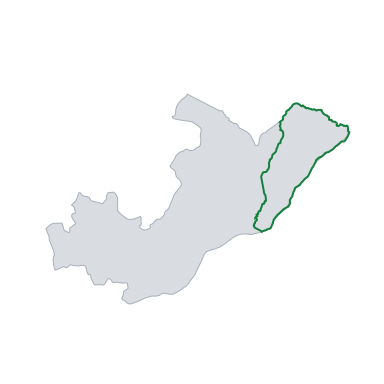 Likouala on a map of Republic of the Congo (orthographic projection), rotated 27°
{"feature_id": "COG-2838", "entity_name": "Likouala", "entity_type": "Region", "adm_level": 1, "iso_a3": "COG", "parent_name": "Republic of the Congo", "parent_adm1": "", "projection": "orthographic", "projection_center": [17.352, 1.476], "detail": "fine", "context": "in_parent", "style": "outline", "palette": "green", "viewbox_px": 384, "rotation_deg": 27, "n_neighbors": 0, "source": "natural_earth", "source_scale": "10m", "svg_char_len": 8281}
<svg xmlns="http://www.w3.org/2000/svg" viewBox="0 0 384 384"><g transform="rotate(27 192 192)"><path d="M78.5,290.9L80.3,286.3L81.6,284.1L83.2,282.6L89.7,279.0L90.7,279.1L95.2,283.9L96.6,284.3L98.2,284.1L100.1,284.3L101.0,283.4L101.2,282.2L99.8,280.8L99.6,279.3L100.5,277.8L101.1,276.0L102.5,273.9L102.6,272.9L101.1,271.9L98.1,270.2L96.0,268.6L95.2,267.1L95.8,265.2L97.4,263.6L97.3,262.8L95.8,261.4L94.8,259.8L93.6,258.9L90.6,258.3L91.2,256.3L92.3,253.3L92.5,251.0L91.7,245.0L91.7,243.9L92.6,243.4L94.4,244.1L96.2,245.0L101.2,243.7L103.0,243.5L104.4,244.6L106.4,245.5L117.9,243.1L118.1,240.5L118.8,238.2L118.9,236.5L118.4,235.4L117.8,234.5L117.5,232.8L117.5,230.9L118.6,230.0L122.2,227.8L123.4,227.9L126.0,229.1L128.4,231.0L130.5,235.0L132.0,238.4L134.4,242.6L139.5,244.3L145.5,245.4L148.7,245.1L153.3,241.6L156.0,238.8L156.8,237.3L158.4,238.1L160.1,241.7L161.2,243.1L161.5,244.5L160.7,246.2L161.5,247.2L164.7,248.0L167.5,247.3L168.8,245.8L170.9,243.9L171.0,242.3L169.8,241.2L169.8,239.8L171.0,238.6L172.1,235.5L172.5,233.2L173.6,231.8L175.7,230.8L176.5,229.8L177.7,224.4L177.0,222.5L177.0,220.9L178.4,218.8L178.6,215.4L177.3,202.0L179.4,191.3L179.2,190.0L177.7,188.3L175.8,186.8L171.1,185.5L169.3,183.5L167.9,181.4L166.9,180.8L161.7,179.9L160.6,178.7L161.0,175.3L161.5,170.3L161.3,166.8L162.2,163.9L163.3,161.8L165.6,159.6L166.8,156.9L167.5,156.3L171.8,155.9L173.4,154.8L174.6,153.6L175.2,152.1L176.6,149.7L178.0,148.0L178.1,146.8L177.8,145.2L176.5,142.1L175.0,139.5L174.0,138.6L172.1,132.5L170.3,131.0L166.8,130.2L160.3,129.5L156.4,130.6L150.4,132.7L142.9,134.9L141.1,134.7L140.3,133.7L141.5,132.9L142.1,131.1L141.3,128.4L140.2,126.0L139.5,122.5L139.8,118.3L141.0,114.3L143.4,109.1L143.5,107.0L158.0,107.1L173.6,107.1L179.5,107.2L182.4,105.9L185.1,107.9L186.5,108.4L186.9,108.2L188.0,109.7L191.4,109.5L191.9,109.8L192.2,111.6L195.3,111.5L196.9,111.9L198.2,111.9L200.0,110.9L201.3,111.2L203.7,112.5L205.4,113.6L207.8,113.3L213.3,113.5L217.6,114.5L221.8,117.5L224.7,119.3L227.2,121.8L228.2,121.3L229.6,120.3L229.5,118.2L228.1,114.5L227.5,111.3L227.9,108.7L228.9,106.9L230.8,105.8L231.0,103.8L239.7,86.8L239.4,84.8L239.6,81.9L240.0,78.6L239.9,76.7L240.5,75.3L242.8,67.6L244.0,66.3L245.9,65.4L248.6,65.4L255.8,64.8L262.6,63.5L264.8,63.0L269.0,60.9L270.6,60.8L272.0,61.6L280.2,64.0L282.4,64.9L283.2,64.7L284.5,64.9L286.4,65.0L288.2,64.7L289.4,65.0L290.9,66.5L291.9,66.3L293.2,65.2L295.7,64.0L300.4,62.8L301.2,63.3L302.8,66.2L304.5,67.1L304.9,72.4L300.9,83.9L292.5,99.4L288.2,111.6L288.3,120.5L287.8,126.1L286.4,129.5L283.1,138.7L282.6,146.7L283.8,156.3L282.7,165.5L279.2,174.2L277.7,181.1L278.6,189.3L272.2,196.1L264.2,202.9L259.0,204.9L255.0,207.2L252.1,209.8L249.1,214.3L244.3,224.1L241.8,228.4L238.6,232.0L233.7,236.5L232.0,238.6L231.2,241.7L231.6,247.3L232.1,264.4L229.9,277.5L225.2,286.6L221.6,291.7L218.1,293.3L213.4,294.6L211.2,296.3L209.8,298.9L207.2,301.1L203.4,303.0L198.5,307.6L192.7,315.0L188.7,319.2L186.5,320.3L184.3,320.4L182.0,319.5L180.1,319.3L179.1,319.7L177.6,318.7L177.6,317.0L177.3,314.2L176.2,311.3L178.7,307.2L178.5,306.3L177.3,304.8L175.9,302.7L174.6,302.8L172.0,304.4L169.1,305.7L166.5,306.2L163.3,308.3L161.6,308.3L160.6,307.5L158.4,306.7L157.2,307.0L156.6,307.3L156.1,312.3L155.7,314.4L154.9,315.4L151.6,316.4L149.4,317.9L147.5,318.9L146.3,318.6L141.6,314.9L139.1,311.8L137.6,311.7L137.2,312.7L136.4,312.3L134.1,310.2L131.4,307.0L130.4,306.5L128.9,306.6L126.5,307.7L124.2,309.6L119.9,311.3L116.4,312.2L116.1,313.4L115.3,315.4L114.2,316.6L111.0,317.0L109.9,318.8L107.3,322.2L105.5,323.8L105.0,323.1L103.9,322.3L101.7,319.6L99.5,316.3L98.9,314.8L98.3,313.9L98.1,310.6L94.8,306.6L86.5,299.5L85.6,297.4L78.5,290.9Z" fill="#d9dde1" stroke="#a8b0b8" stroke-width="1"/><path d="M305.0,67.2L305.2,68.0L305.5,71.8L305.1,76.2L304.9,76.9L304.8,77.3L304.6,77.8L304.1,78.2L303.1,78.7L302.4,79.1L302.0,79.7L301.0,82.7L300.6,83.4L300.4,83.7L300.3,84.4L300.2,84.7L299.6,85.5L298.9,87.0L298.8,87.5L298.7,88.3L298.0,90.3L295.6,94.3L295.5,94.5L295.2,94.6L293.5,96.2L293.1,96.7L292.9,97.2L292.5,99.0L292.3,99.6L292.1,100.2L291.7,100.7L291.3,101.8L291.0,102.2L290.5,102.4L290.4,102.7L289.6,103.6L289.4,103.9L288.2,107.1L288.2,107.6L288.4,108.5L288.5,109.4L288.4,112.3L288.5,113.7L288.5,114.2L288.4,114.7L288.1,115.7L288.1,116.3L288.3,125.0L288.2,125.6L286.4,129.5L286.3,130.1L286.1,131.2L285.1,134.6L285.0,136.5L284.7,137.1L283.5,139.2L282.8,140.0L282.2,141.1L282.0,141.8L282.4,143.9L282.4,146.3L283.3,150.2L283.3,151.0L282.8,153.4L282.8,154.2L283.0,155.0L283.6,156.4L284.0,156.7L284.4,157.1L284.5,157.7L284.6,158.3L284.4,161.2L284.2,161.7L281.6,165.3L279.3,171.8L278.7,172.9L277.5,178.6L277.4,179.3L277.5,180.1L278.2,183.1L278.5,188.5L278.2,188.8L277.8,189.4L275.9,191.2L275.7,191.4L275.6,191.7L275.5,192.1L275.4,192.3L275.0,192.6L274.6,193.0L274.0,193.5L272.3,195.6L272.2,195.5L271.9,195.4L264.2,195.3L263.7,195.2L263.4,195.0L263.1,194.7L263.0,194.1L262.8,193.9L262.6,193.7L262.4,193.6L262.2,193.6L261.9,192.4L261.9,192.0L262.3,191.5L262.2,191.1L261.8,189.8L261.8,189.6L262.4,188.2L262.6,187.6L262.3,187.0L261.9,186.6L261.3,186.1L260.7,186.1L260.3,186.7L260.0,186.0L260.2,185.2L261.2,183.8L260.7,183.3L260.1,183.2L259.8,182.9L260.9,181.7L260.9,181.4L260.4,181.3L260.3,181.1L260.4,178.8L260.6,178.3L261.1,178.2L261.4,177.9L261.4,177.2L261.0,176.1L260.8,175.5L260.8,173.5L260.7,172.9L260.2,171.5L260.2,170.9L260.3,170.5L260.6,170.3L261.0,170.2L261.3,170.0L261.5,169.6L261.6,169.4L261.5,169.1L261.3,168.3L261.0,167.6L261.0,167.4L261.1,167.0L261.3,167.0L261.6,167.1L261.8,166.9L261.9,166.6L261.9,166.4L261.1,164.8L259.0,161.7L258.5,161.3L257.2,160.7L247.1,147.6L246.8,147.1L246.6,146.6L246.5,145.8L246.4,142.7L246.5,142.3L246.7,142.1L247.0,141.7L247.3,141.5L247.5,141.3L248.2,141.0L248.7,140.7L248.9,140.5L249.0,140.3L249.1,140.1L249.2,139.8L249.2,138.3L249.3,137.8L249.4,137.5L249.6,137.2L249.6,136.8L249.6,136.2L248.9,133.6L248.6,133.2L248.4,132.9L248.2,132.7L247.8,132.0L247.2,130.2L247.1,129.8L247.1,129.3L247.2,129.0L247.2,128.7L246.7,128.2L246.6,127.9L246.7,127.6L246.8,127.4L246.9,127.2L247.4,126.6L247.5,126.4L247.6,126.1L247.6,125.8L247.2,123.3L246.9,122.5L246.8,122.2L246.9,121.9L247.2,121.4L248.4,118.2L248.4,117.9L248.4,117.5L248.2,116.9L247.8,115.4L247.7,115.1L247.7,114.8L247.8,114.2L247.7,113.0L247.5,112.3L247.3,110.4L247.3,109.9L247.4,109.4L247.5,109.2L247.8,108.8L248.2,108.6L248.4,108.5L248.5,108.3L248.5,108.1L248.4,107.5L248.1,107.0L247.8,106.1L247.7,104.6L248.0,102.7L247.9,101.7L247.9,101.0L247.8,100.6L247.7,100.2L246.2,97.6L246.0,97.3L245.8,97.1L245.3,96.8L244.2,96.4L244.0,96.5L243.7,96.5L243.0,96.8L242.8,96.8L242.6,96.8L242.5,96.7L242.4,96.6L242.4,95.8L242.3,95.5L242.2,95.2L241.1,94.0L240.8,93.8L240.6,93.7L240.3,93.4L240.1,93.2L240.1,92.6L240.1,92.3L240.2,92.0L240.3,91.8L240.2,91.5L240.0,91.1L239.6,90.5L238.8,90.1L238.4,89.9L239.1,88.5L240.0,86.6L240.1,85.9L239.8,85.3L239.4,84.9L239.0,84.3L239.0,82.9L240.1,80.7L240.3,79.6L240.1,78.9L239.8,78.3L239.5,77.7L239.6,76.9L239.9,76.2L241.0,74.8L241.1,74.1L241.2,73.4L241.9,71.5L242.2,68.9L242.7,67.6L243.6,66.5L244.8,65.6L246.3,65.2L247.0,65.2L247.6,65.2L250.1,65.8L250.7,65.8L251.3,65.5L251.4,65.3L251.3,64.9L251.3,64.7L251.8,64.6L252.0,64.7L252.6,64.9L252.9,65.0L253.7,64.9L254.0,64.9L254.3,65.1L254.6,65.3L254.8,65.5L255.2,65.4L255.4,65.3L255.9,65.4L256.0,65.3L256.3,65.2L256.6,64.9L256.8,64.8L257.3,64.6L257.6,64.5L258.4,64.6L258.8,64.5L259.7,64.2L260.1,64.1L261.3,64.1L261.7,64.0L262.2,63.8L262.5,63.5L262.8,63.2L263.2,62.8L263.6,62.7L264.0,62.7L264.8,63.0L265.9,62.9L266.5,62.3L267.1,61.6L268.3,60.9L268.7,60.7L269.2,60.4L269.6,60.2L270.3,60.3L270.5,60.4L270.6,60.8L270.7,61.0L271.2,61.0L271.3,61.1L272.4,62.0L273.5,62.5L274.7,62.7L277.2,62.7L277.4,62.6L277.7,62.5L278.0,62.5L278.4,62.9L278.6,63.0L278.9,63.0L279.5,62.9L279.8,62.9L280.2,63.2L280.6,63.7L280.9,64.2L281.0,64.8L281.2,65.3L281.7,65.4L282.3,65.2L283.4,64.6L283.6,64.5L284.8,65.3L285.1,65.4L285.5,65.3L286.4,64.9L287.5,64.6L288.5,64.6L289.6,64.9L290.1,65.4L290.5,66.7L290.9,67.1L291.5,67.2L292.2,66.9L292.7,66.4L293.0,65.9L293.2,65.6L293.4,64.6L293.5,64.2L293.8,64.2L294.0,64.2L294.4,64.2L296.8,64.0L297.0,64.1L297.3,64.2L297.5,64.2L297.8,63.7L298.2,63.5L298.8,63.6L299.0,63.5L299.6,62.9L299.9,62.5L300.3,62.5L301.1,63.1L301.6,63.7L302.8,65.7L303.3,66.8L303.7,67.2L305.0,67.2Z" fill="none" stroke="#15803d" stroke-width="2"/></g></svg>